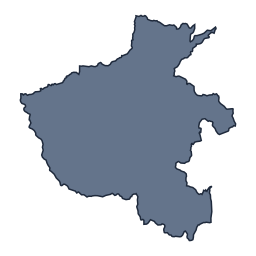 outline of Henan
{"feature_id": "CHN-1812", "entity_name": "Henan", "entity_type": "Province", "adm_level": 1, "iso_a3": "CHN", "parent_name": "China", "parent_adm1": "", "projection": "equal_earth", "projection_center": [114.102, 33.88], "detail": "fine", "context": "isolated", "style": "filled", "palette": "slate", "viewbox_px": 256, "rotation_deg": 0, "n_neighbors": 0, "source": "natural_earth", "source_scale": "10m", "svg_char_len": 5775}
<svg xmlns="http://www.w3.org/2000/svg" viewBox="0 0 256 256"><path d="M141.0,15.4L142.3,16.3L144.1,16.1L144.8,15.6L145.6,15.9L147.1,17.7L147.6,19.3L150.7,20.6L152.9,20.9L153.7,20.4L155.7,20.9L157.0,20.7L157.8,21.7L159.5,22.2L164.4,25.7L166.5,25.8L169.5,24.8L172.4,25.4L173.9,25.0L176.3,27.2L176.6,27.7L176.5,28.9L176.9,29.1L178.4,28.9L179.1,28.5L180.3,27.2L181.2,24.9L183.0,23.4L183.9,23.7L185.6,23.5L187.1,24.1L189.2,27.8L190.1,28.2L191.0,28.0L192.6,26.1L194.7,24.6L194.7,28.5L193.5,31.9L192.7,32.9L190.9,34.0L190.5,34.7L190.0,41.0L190.4,41.8L192.0,40.9L193.3,39.5L193.8,38.5L194.3,36.3L195.0,35.6L197.1,35.6L201.8,34.2L204.2,33.1L207.3,30.2L210.5,30.7L211.7,30.1L215.5,27.1L216.0,28.2L215.9,29.0L215.1,29.8L214.1,33.2L211.8,32.3L211.4,32.7L211.1,32.6L208.4,35.0L208.2,35.9L209.1,36.7L209.2,37.1L208.8,37.7L205.0,38.4L203.9,39.2L202.3,42.0L201.4,43.0L200.1,43.7L197.4,44.2L196.3,44.1L196.3,45.3L195.9,46.1L192.9,48.2L192.6,48.9L192.6,50.8L192.3,51.5L190.8,51.6L190.5,52.5L191.0,54.2L190.8,54.7L189.7,55.1L187.7,57.4L187.0,57.8L184.4,57.8L183.8,58.6L181.6,59.4L180.2,61.6L179.4,63.7L177.4,66.7L174.3,68.5L174.8,71.1L174.2,72.8L174.2,74.8L173.7,75.8L176.1,76.7L178.2,76.1L179.3,76.2L185.5,79.2L186.9,81.2L186.7,83.9L187.2,84.3L188.2,83.4L189.8,83.4L194.0,86.4L194.1,90.1L194.5,91.8L195.9,94.0L197.5,95.4L201.4,95.9L202.3,95.5L203.0,94.5L204.9,94.9L206.9,95.8L209.4,95.0L212.3,94.8L213.2,93.6L214.9,94.5L216.3,93.8L216.9,94.2L217.8,95.7L218.6,96.0L219.0,97.5L218.7,100.5L218.8,101.4L220.4,103.5L224.3,106.4L226.1,108.7L227.0,109.2L232.4,108.7L233.1,109.0L232.9,111.0L233.2,113.3L232.3,114.9L232.1,116.2L233.1,118.1L234.2,121.3L235.6,123.8L235.3,126.0L233.6,125.7L232.6,126.9L231.6,127.0L229.3,128.2L228.9,128.7L228.6,130.6L228.2,131.1L219.4,134.5L217.9,133.6L216.0,130.9L215.1,128.5L212.6,125.8L212.4,125.1L212.9,122.7L212.3,121.7L210.5,121.3L209.5,120.8L208.2,121.3L205.0,118.7L202.1,119.2L199.5,122.6L198.7,126.3L199.0,128.0L200.7,128.2L201.1,128.7L200.8,132.3L200.6,132.6L199.7,132.1L199.2,133.0L200.1,135.2L201.3,140.5L199.9,141.2L196.6,141.6L194.7,142.2L193.2,144.4L192.7,144.3L192.0,143.4L191.6,143.6L191.3,144.3L191.5,146.2L190.8,147.6L190.9,149.0L190.4,150.4L191.2,151.4L191.6,155.1L191.5,155.7L190.0,157.5L189.2,160.8L188.5,161.5L186.1,162.2L184.6,163.3L180.8,163.0L178.6,161.5L177.8,161.7L175.8,163.3L175.9,165.0L175.4,167.1L176.2,168.3L177.1,169.0L180.1,170.1L181.3,171.1L184.2,172.0L186.2,173.8L186.5,176.3L186.0,177.4L185.9,180.1L186.1,181.1L187.0,182.8L186.6,185.8L188.7,186.1L190.0,186.8L192.8,187.5L195.6,189.7L197.0,192.5L198.6,194.1L199.2,194.4L200.7,193.8L201.5,193.9L202.0,194.4L203.4,191.5L203.6,190.3L205.3,190.9L205.7,190.0L206.9,191.3L207.6,189.8L208.8,188.0L210.2,186.7L211.4,186.5L211.5,186.8L209.7,188.5L209.4,189.3L209.9,190.0L209.4,193.0L210.4,194.8L210.6,198.7L211.3,201.4L211.8,211.7L210.9,218.1L211.0,222.3L209.7,222.7L206.1,222.2L205.1,222.6L203.6,222.5L200.0,224.2L199.2,225.0L198.2,224.9L196.7,227.4L196.1,230.0L193.5,234.7L193.4,237.2L192.9,239.6L191.6,240.3L189.8,240.6L189.3,240.5L188.5,239.1L187.2,237.9L187.0,236.6L187.4,235.1L187.4,233.9L185.4,231.1L184.3,231.5L182.6,235.1L181.2,236.5L179.9,236.8L175.6,236.3L174.2,236.7L172.7,236.6L171.9,236.3L171.1,235.1L169.3,234.9L167.4,232.7L165.0,232.8L164.3,232.5L163.8,230.2L163.8,229.0L164.7,227.1L164.9,226.0L164.5,224.9L163.8,224.4L162.1,223.9L161.0,224.8L157.9,225.0L155.4,222.9L154.4,221.4L150.5,219.7L148.3,222.8L147.4,223.6L146.5,224.1L143.9,224.3L143.9,220.3L142.8,219.4L141.9,219.9L141.0,219.9L140.6,219.1L140.2,216.7L138.2,213.8L138.0,210.7L136.9,207.3L136.8,206.5L137.8,204.3L137.4,199.8L137.9,196.7L136.1,193.6L135.4,194.1L134.0,194.0L132.6,194.7L132.1,195.3L131.7,196.6L131.0,196.6L130.3,197.3L129.9,198.5L129.4,199.1L126.0,199.6L122.5,198.4L121.9,197.0L121.3,196.4L119.9,195.9L119.0,194.4L118.5,194.0L117.3,193.9L115.9,195.1L114.8,195.4L112.5,193.4L111.4,193.6L110.7,194.3L105.8,195.4L102.7,196.8L97.6,195.7L94.9,195.6L92.4,195.9L91.5,196.3L88.7,196.2L87.0,197.0L84.4,195.0L83.4,194.7L81.5,194.8L78.7,192.1L78.2,192.0L76.8,193.0L75.3,191.1L69.0,189.0L67.8,186.4L67.2,185.8L64.9,184.3L63.7,184.2L61.8,185.6L61.0,185.5L60.5,184.9L60.0,182.4L59.4,181.1L56.3,178.0L54.2,174.2L51.2,171.4L49.8,170.5L49.6,169.8L49.9,168.2L49.7,167.5L48.0,165.1L47.0,163.0L46.1,160.1L44.1,159.0L42.4,157.1L41.7,155.0L43.2,150.1L42.4,147.2L43.1,144.4L42.0,140.5L40.8,139.0L38.6,137.8L36.0,135.4L35.7,134.5L35.7,133.0L34.3,130.6L32.3,129.0L30.1,128.1L29.2,127.4L29.2,126.4L30.9,123.0L29.8,120.1L29.3,120.0L29.2,119.6L29.6,116.5L30.1,115.1L30.1,114.3L28.0,113.4L27.1,112.6L25.1,111.5L24.3,110.6L23.9,109.8L23.9,108.7L24.1,108.0L25.4,106.9L25.6,106.2L25.3,105.1L24.6,104.4L21.9,103.4L20.8,101.9L20.4,100.7L20.4,99.7L20.9,98.2L20.8,93.8L22.2,93.8L23.3,95.0L23.7,94.9L24.2,94.1L25.8,93.8L27.4,95.3L29.2,94.5L31.4,94.4L33.4,93.6L33.8,93.3L34.1,92.6L35.4,91.8L39.4,91.5L40.8,90.7L40.4,88.6L41.2,88.4L42.5,89.3L43.1,89.0L44.3,87.9L47.2,86.9L47.7,86.5L48.2,84.6L48.8,84.5L51.0,85.6L51.4,85.5L51.8,84.4L52.2,84.2L53.2,84.8L54.3,83.8L55.1,83.6L56.5,84.5L62.4,82.7L62.8,82.4L63.3,81.1L64.0,80.6L65.0,78.4L66.6,77.5L66.3,76.6L66.8,76.1L68.7,75.6L69.5,74.6L70.6,74.2L71.8,72.8L74.1,72.2L74.7,72.5L76.1,72.3L78.8,74.4L79.6,71.6L79.6,66.0L81.8,66.2L82.9,65.9L89.0,66.7L91.2,65.9L94.2,66.6L95.4,66.6L97.4,65.6L98.3,63.6L100.5,62.5L101.1,62.8L102.2,64.2L105.0,65.6L108.2,65.7L110.3,64.3L111.1,62.8L112.2,61.7L115.6,60.9L117.3,59.0L118.8,58.4L119.6,57.7L121.1,57.5L121.6,56.8L121.7,55.6L122.7,55.7L127.4,53.8L130.1,50.0L131.7,48.7L132.2,48.0L132.2,47.3L131.4,45.9L131.8,42.4L131.6,41.2L131.7,40.3L133.0,39.8L132.6,38.1L132.9,36.3L132.8,34.1L134.0,32.5L134.8,29.7L134.6,27.6L135.1,25.8L134.4,24.5L135.1,23.0L134.4,21.8L136.1,16.8L136.0,15.8L139.0,16.5L141.0,15.4Z" fill="#64748b" stroke="#1e293b" stroke-width="1.5"/></svg>